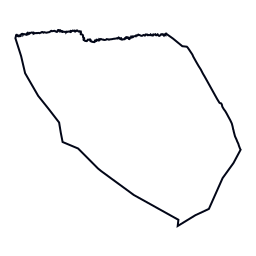 Bulgan, Dornod, Mongolia
{"feature_id": "93677404B34765270350686", "entity_name": "Bulgan", "entity_type": "district", "adm_level": 2, "iso_a3": "MNG", "parent_name": "Mongolia", "parent_adm1": "Dornod", "projection": "mercator", "projection_center": [114.017, 47.601], "detail": "fine", "context": "isolated", "style": "outline", "palette": "ink", "viewbox_px": 256, "rotation_deg": 0, "n_neighbors": 0, "source": "geoboundaries", "source_scale": "gbopen_adm2", "svg_char_len": 5095}
<svg xmlns="http://www.w3.org/2000/svg" viewBox="0 0 256 256"><path d="M66.3,32.0L65.7,31.8L65.4,31.8L65.1,31.9L64.1,31.9L63.7,31.6L62.9,31.8L62.5,32.0L62.2,32.0L62.1,31.9L62.2,31.3L62.0,31.0L61.4,31.0L60.4,31.4L60.4,31.2L60.5,30.8L60.5,30.5L60.3,30.3L60.1,30.2L59.9,30.3L59.4,30.9L59.2,30.9L59.0,30.7L58.8,30.1L58.3,30.0L58.0,30.1L57.9,30.2L57.8,30.9L57.5,31.5L57.2,31.8L56.8,31.9L56.4,31.9L55.9,31.3L55.2,31.3L54.8,30.9L54.5,30.8L52.2,31.2L51.3,30.8L51.0,30.9L50.8,31.3L50.6,31.5L49.7,31.8L49.1,32.2L48.2,32.3L46.5,32.7L44.9,32.4L44.2,32.2L43.6,32.6L43.3,32.7L42.7,32.1L42.4,32.0L41.7,32.1L41.1,32.6L40.5,32.7L40.0,33.0L39.7,33.2L38.4,32.9L37.5,33.0L37.0,33.2L36.6,33.0L36.0,33.1L35.1,33.1L33.9,33.6L34.0,33.1L34.0,32.9L33.7,32.6L33.3,32.5L32.6,32.9L32.0,32.5L31.7,32.5L31.2,32.6L30.3,33.1L30.1,33.2L29.6,33.0L29.5,33.6L29.1,33.9L28.6,33.8L28.2,33.6L27.9,33.2L27.7,32.9L27.6,33.0L27.9,33.9L27.9,34.2L27.7,34.5L27.4,34.5L27.2,34.4L26.9,33.8L26.6,33.7L26.5,33.9L26.5,34.6L26.3,34.7L26.2,34.8L26.0,34.7L25.7,34.4L24.9,34.4L23.9,34.0L23.6,34.1L23.3,34.2L23.0,34.7L22.9,34.3L22.8,34.1L22.7,34.0L22.3,33.8L21.8,33.9L21.1,34.4L20.9,34.7L20.8,35.1L20.8,35.9L20.5,36.1L20.1,36.1L19.6,35.7L19.4,36.2L19.1,36.3L18.8,35.6L18.5,35.5L18.2,35.7L17.9,36.1L17.6,36.1L17.2,35.8L17.0,34.9L16.9,34.8L16.4,34.8L16.2,35.0L16.0,35.4L16.0,35.9L15.4,38.2L21.1,56.1L25.1,73.2L38.2,95.9L48.6,108.9L59.1,122.5L60.8,132.8L62.6,142.0L78.1,148.5L98.0,168.5L101.3,171.2L133.8,195.0L178.4,219.8L177.7,226.0L195.4,215.2L208.9,208.9L222.6,178.1L233.5,163.0L240.6,149.7L240.4,149.4L239.9,148.3L238.9,145.7L238.3,143.7L237.1,141.2L236.6,139.8L235.0,136.3L233.6,131.0L233.5,130.1L233.2,129.5L232.6,126.5L231.8,123.5L230.3,120.3L228.5,117.0L226.8,113.8L225.3,111.2L223.8,109.2L222.8,107.5L222.6,107.2L222.3,106.6L221.8,104.4L221.4,103.8L221.0,103.3L220.2,103.2L219.4,102.7L217.3,99.3L214.9,95.0L204.9,77.0L202.9,73.6L200.8,69.5L198.7,66.2L197.3,63.8L196.2,61.9L193.3,56.7L192.6,55.1L192.4,54.6L190.8,52.2L188.2,48.3L187.5,47.4L186.8,46.7L182.3,46.2L172.9,38.5L166.4,33.9L166.3,33.6L165.8,33.6L165.4,33.9L165.3,34.6L165.4,35.2L164.5,35.0L164.1,35.2L163.9,35.6L163.7,35.4L163.7,34.5L163.3,34.4L162.5,34.7L162.4,34.7L162.4,34.2L162.1,34.1L160.9,34.4L160.7,34.7L159.8,35.7L159.4,35.9L158.7,35.7L158.3,35.4L157.6,34.3L157.4,34.4L157.0,34.9L156.7,35.1L156.3,35.3L155.9,35.2L155.6,35.0L155.3,34.3L154.6,34.6L154.4,34.6L154.2,34.6L153.8,34.5L153.3,34.4L153.2,34.6L153.3,35.1L153.2,35.4L153.0,35.5L152.6,35.5L152.2,35.1L151.9,35.1L151.6,35.3L151.3,35.3L151.0,35.1L150.7,34.5L150.6,34.4L150.2,34.8L150.1,35.1L149.3,35.1L148.5,35.0L147.9,35.3L147.6,35.2L147.5,34.8L147.4,34.6L146.7,34.6L145.9,34.4L145.4,34.6L145.2,34.9L145.2,35.4L144.9,35.6L144.4,35.3L143.4,35.0L142.3,35.7L141.9,35.8L141.3,35.8L140.7,35.6L139.7,35.1L138.9,34.9L138.3,34.6L138.1,34.7L137.8,35.3L137.5,35.5L137.0,35.6L136.5,35.3L136.2,35.3L135.9,35.7L135.9,36.1L135.8,36.3L135.3,36.1L133.9,36.3L133.6,36.4L133.0,37.1L132.8,37.1L132.5,37.0L132.4,36.6L132.3,36.4L131.4,36.5L131.6,37.1L131.6,37.6L131.2,37.7L130.2,37.5L129.8,38.0L129.8,38.5L129.7,38.8L129.5,39.0L129.3,39.1L129.1,39.0L128.8,38.9L128.6,38.3L128.7,38.0L129.2,37.4L128.8,37.6L128.6,37.8L128.3,37.9L127.9,37.8L127.6,37.3L127.4,37.3L127.5,37.7L127.4,37.9L127.1,38.0L126.8,37.9L126.6,37.7L126.5,37.1L126.4,37.1L126.4,37.8L126.1,38.1L125.9,38.3L125.6,38.2L125.2,38.0L124.9,38.2L124.8,39.1L124.7,39.2L123.9,39.3L123.3,39.2L122.7,39.5L122.2,39.6L121.4,39.5L121.2,39.1L121.3,38.5L121.1,38.2L120.9,38.3L120.5,38.9L120.3,39.0L120.0,38.9L119.8,38.7L119.8,38.2L119.7,38.1L118.6,37.5L118.4,37.7L118.4,38.1L117.9,38.5L117.6,38.5L117.4,38.1L117.2,38.1L116.5,38.4L115.8,38.6L114.9,38.6L114.3,38.8L113.5,38.8L112.3,39.1L110.8,39.3L110.0,39.3L109.0,39.7L108.6,39.6L108.2,39.3L107.5,39.3L106.8,39.1L105.8,39.8L104.1,40.0L103.8,39.9L103.3,39.6L102.4,39.6L100.9,39.0L100.6,39.1L100.4,39.4L100.1,39.6L99.6,39.4L99.4,39.2L99.2,39.1L99.1,39.4L99.4,39.7L99.5,40.0L99.3,40.4L98.9,40.5L98.5,40.2L98.2,40.4L97.0,39.7L96.8,39.7L96.8,40.4L96.7,40.6L96.5,40.8L96.3,41.0L95.8,41.1L95.6,41.0L95.3,40.4L94.9,40.5L94.8,41.5L94.6,42.0L94.4,42.1L93.9,42.1L92.8,41.8L92.3,41.9L92.1,41.8L91.7,41.6L91.4,41.2L91.2,41.1L90.6,41.2L90.4,41.0L90.5,40.5L90.5,39.7L90.2,39.4L89.7,39.4L89.1,39.8L88.9,39.8L88.3,39.6L87.9,39.6L87.7,39.7L87.4,40.4L87.1,40.8L86.8,41.1L86.5,41.1L86.0,40.9L85.5,41.0L85.1,40.9L84.9,40.8L84.6,40.3L83.7,40.1L83.5,39.7L83.7,39.1L84.1,38.5L84.2,38.3L84.1,38.0L83.9,37.8L83.3,37.8L83.2,37.7L83.0,36.7L83.1,36.1L83.1,35.9L82.9,35.6L82.8,35.3L82.7,34.9L81.9,34.4L81.6,34.3L80.8,34.3L80.7,34.2L80.7,33.6L81.0,32.5L80.9,31.8L80.8,31.5L80.3,31.6L80.0,31.3L79.8,31.2L79.6,31.2L79.3,31.5L79.1,31.7L78.7,31.5L78.1,31.2L77.4,30.5L76.9,30.4L76.7,30.5L76.5,30.9L76.3,31.0L75.8,30.8L75.5,30.8L75.4,30.9L75.6,31.2L75.6,31.3L75.2,31.6L74.6,31.4L74.4,31.2L74.4,30.8L74.3,30.7L74.2,30.6L73.7,30.9L72.6,30.6L72.2,31.0L71.3,31.0L71.2,31.1L70.9,32.0L70.7,32.1L70.4,32.0L70.3,31.8L70.1,31.2L69.7,31.5L69.1,31.7L68.6,31.6L68.4,31.5L68.1,31.5L67.4,31.9L67.2,31.9L66.7,31.7L66.5,32.0L66.3,32.2L66.3,32.0Z" fill="none" stroke="#020617" stroke-width="2"/></svg>